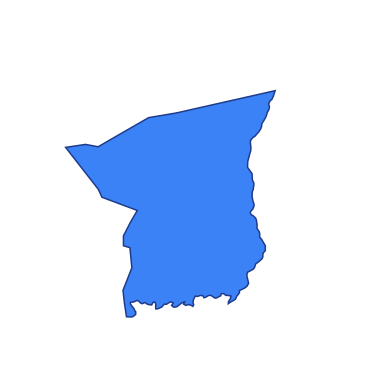 São João da Serra, Piauí, Brazil, rotated 143°
{"feature_id": "56859067B35115025171603", "entity_name": "São João da Serra", "entity_type": "district", "adm_level": 2, "iso_a3": "BRA", "parent_name": "Brazil", "parent_adm1": "Piauí", "projection": "albers", "projection_center": [-41.863, -5.546], "detail": "fine", "context": "isolated", "style": "filled", "palette": "blue", "viewbox_px": 384, "rotation_deg": 143, "n_neighbors": 0, "source": "geoboundaries", "source_scale": "gbopen_adm2", "svg_char_len": 2205}
<svg xmlns="http://www.w3.org/2000/svg" viewBox="0 0 384 384"><g transform="rotate(143 192 192)"><path d="M64.6,222.9L139.5,256.7L157.2,264.7L181.9,277.5L222.2,282.5L239.7,284.6L243.3,288.5L248.4,294.1L266.1,303.7L265.2,250.5L267.1,242.0L252.6,219.3L246.8,210.2L259.4,204.9L270.9,199.3L273.1,198.3L279.1,190.3L275.1,184.9L285.6,167.7L306.3,155.0L313.1,143.5L319.4,131.8L317.8,130.4L316.3,129.2L314.8,128.2L313.0,128.0L310.5,128.2L309.0,130.3L309.0,132.4L308.5,134.0L308.6,136.7L308.6,139.6L307.6,140.9L304.6,139.2L301.1,138.5L300.1,136.5L300.0,134.5L299.1,132.8L296.2,132.2L295.5,130.0L294.2,127.9L292.1,126.1L289.6,127.3L287.9,126.6L288.4,124.0L289.8,122.7L291.3,120.4L289.2,119.1L287.6,118.9L285.7,118.3L283.6,118.7L281.7,119.2L280.0,117.7L277.2,117.5L275.0,117.1L273.8,114.6L276.6,113.7L276.1,111.3L274.7,110.2L272.9,109.4L270.7,109.5L268.6,109.6L266.4,109.4L264.1,108.7L266.2,107.5L265.2,105.2L263.5,104.6L261.4,103.0L260.1,100.1L258.4,101.0L257.9,102.8L256.1,104.8L253.8,106.1L252.0,106.9L250.6,105.4L248.9,104.8L247.3,104.2L245.8,102.7L246.1,100.3L243.8,99.6L241.4,99.5L239.1,98.1L238.3,95.8L237.6,93.5L235.9,92.5L233.7,92.3L231.6,91.8L229.8,93.2L227.8,91.7L227.2,89.1L225.6,87.8L223.5,85.5L225.4,83.8L228.7,82.6L230.2,81.0L227.5,80.9L224.2,80.4L221.6,80.3L219.3,81.7L217.3,82.2L214.7,83.0L213.5,84.7L210.5,84.1L207.5,83.6L204.5,83.7L201.7,85.1L199.8,89.4L198.3,92.6L195.9,94.5L192.0,93.8L189.1,93.5L187.1,94.3L184.6,96.2L179.9,96.2L175.9,96.6L174.2,97.8L173.1,99.4L171.6,100.5L168.8,101.0L165.8,104.9L164.9,112.2L165.1,115.2L163.0,118.0L162.3,119.6L162.1,121.9L162.0,124.0L159.8,126.5L157.5,130.8L156.9,132.8L157.3,135.8L158.4,138.4L158.0,140.3L156.5,141.3L154.2,141.6L151.1,143.3L149.8,144.9L148.5,148.8L146.5,152.6L143.5,156.1L141.8,157.0L138.2,160.6L137.1,162.1L136.7,164.6L135.9,166.3L133.0,170.5L132.8,178.3L130.2,181.5L128.8,183.1L125.5,185.6L122.8,187.8L120.5,189.4L118.4,191.7L115.8,196.1L114.3,197.9L112.5,198.4L110.6,198.8L108.0,198.7L105.1,199.3L102.1,199.9L99.2,201.0L97.2,202.3L95.1,204.5L91.7,205.8L89.0,206.9L86.4,208.4L84.2,210.1L81.1,211.5L79.7,212.5L78.7,213.8L77.8,216.2L74.9,217.8L72.7,217.8L69.6,219.4L64.6,222.9Z" fill="#3b82f6" stroke="#1e3a8a" stroke-width="1.5"/></g></svg>